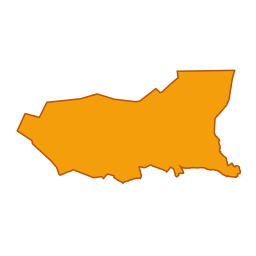 Ekwusigo, Anambra, Nigeria (Equal Earth projection), rotated 88°
{"feature_id": "59680162B99060674505372", "entity_name": "Ekwusigo", "entity_type": "district", "adm_level": 2, "iso_a3": "NGA", "parent_name": "Nigeria", "parent_adm1": "Anambra", "projection": "equal_earth", "projection_center": [6.858, 5.982], "detail": "fine", "context": "isolated", "style": "filled", "palette": "amber", "viewbox_px": 256, "rotation_deg": 88, "n_neighbors": 0, "source": "geoboundaries", "source_scale": "gbopen_adm2", "svg_char_len": 2403}
<svg xmlns="http://www.w3.org/2000/svg" viewBox="0 0 256 256"><g transform="rotate(88 128 128)"><path d="M74.1,19.4L73.0,76.8L79.6,76.1L81.8,79.2L83.9,81.9L93.3,92.9L93.8,94.6L89.6,98.7L101.5,115.3L102.0,119.4L98.8,140.6L92.9,157.7L97.2,175.0L99.5,208.2L114.3,216.2L110.0,230.3L127.1,238.8L137.2,224.5L140.4,224.0L153.2,211.1L158.4,205.8L165.1,200.6L172.0,198.5L172.8,197.4L169.6,189.1L169.4,188.0L169.0,186.5L167.7,184.5L172.3,173.8L176.5,164.0L175.7,155.9L177.6,154.3L176.2,152.9L175.1,152.1L173.6,150.5L173.6,149.2L173.9,147.9L174.1,147.2L174.8,145.4L175.3,143.7L177.0,143.7L180.1,139.5L181.5,136.7L183.0,134.9L182.1,134.2L181.5,132.7L181.5,132.2L181.3,131.8L181.3,131.5L181.3,130.9L181.3,130.7L181.2,130.4L181.1,130.1L181.0,129.7L180.8,129.4L180.4,128.7L179.4,125.0L178.9,123.5L178.7,121.8L178.5,121.5L178.4,121.0L178.4,120.8L178.9,120.3L178.6,119.7L178.4,118.4L178.9,117.3L175.9,116.2L174.7,116.6L170.7,117.5L167.3,118.2L167.3,117.9L167.3,117.0L168.3,113.0L167.2,110.0L165.6,106.5L167.0,104.6L167.6,102.8L169.4,98.2L169.7,98.2L169.8,97.4L170.3,95.7L171.3,93.6L172.3,91.7L172.7,91.3L173.3,90.9L171.9,89.4L170.8,88.5L168.7,86.9L170.4,84.0L172.1,83.3L174.4,82.8L176.6,82.4L177.5,82.1L178.5,81.0L177.7,79.7L176.9,78.9L176.5,78.9L175.4,78.9L175.2,78.3L175.2,74.2L174.4,74.1L172.5,74.7L170.3,75.7L168.0,77.3L167.9,77.3L169.8,74.2L170.0,73.5L170.1,72.2L170.2,68.9L170.2,67.4L169.9,65.7L170.0,63.2L170.3,60.2L170.1,56.4L170.5,53.1L171.2,51.5L172.0,50.6L172.8,46.6L172.5,44.5L173.1,42.3L174.0,39.3L174.3,39.2L176.3,36.4L177.1,35.7L177.9,34.7L178.3,33.9L178.8,32.7L179.1,32.1L180.0,31.0L179.3,30.1L179.6,30.0L180.0,28.6L181.0,21.4L180.3,20.9L179.7,19.9L179.6,20.0L179.1,20.3L178.6,20.3L178.0,20.1L177.6,19.6L177.4,17.7L177.2,17.7L176.0,17.4L175.0,17.2L174.6,17.3L173.8,17.7L172.7,18.1L171.9,18.0L171.2,18.0L170.8,18.3L170.4,18.8L170.0,19.3L169.8,19.9L169.5,21.2L169.8,21.7L170.2,22.4L170.6,22.8L170.2,23.4L170.0,23.5L169.0,24.4L168.5,24.4L167.9,24.6L167.5,24.9L166.8,25.4L167.9,27.1L169.2,29.4L168.3,29.7L167.6,29.9L166.3,30.2L165.3,30.2L164.6,30.5L164.2,30.7L163.5,30.5L162.0,31.0L161.1,31.2L159.0,33.9L156.7,35.7L156.0,36.6L155.1,36.2L154.4,37.3L150.1,36.5L147.5,37.3L145.3,37.8L144.3,37.6L143.5,36.8L142.1,37.8L141.1,38.8L140.1,39.4L139.5,39.8L139.1,40.7L135.8,41.9L131.9,41.6L121.4,40.7L116.0,35.4L108.5,28.6L103.1,26.1L82.3,22.0L74.1,19.4Z" fill="#f59e0b" stroke="#b45309" stroke-width="1.5"/></g></svg>